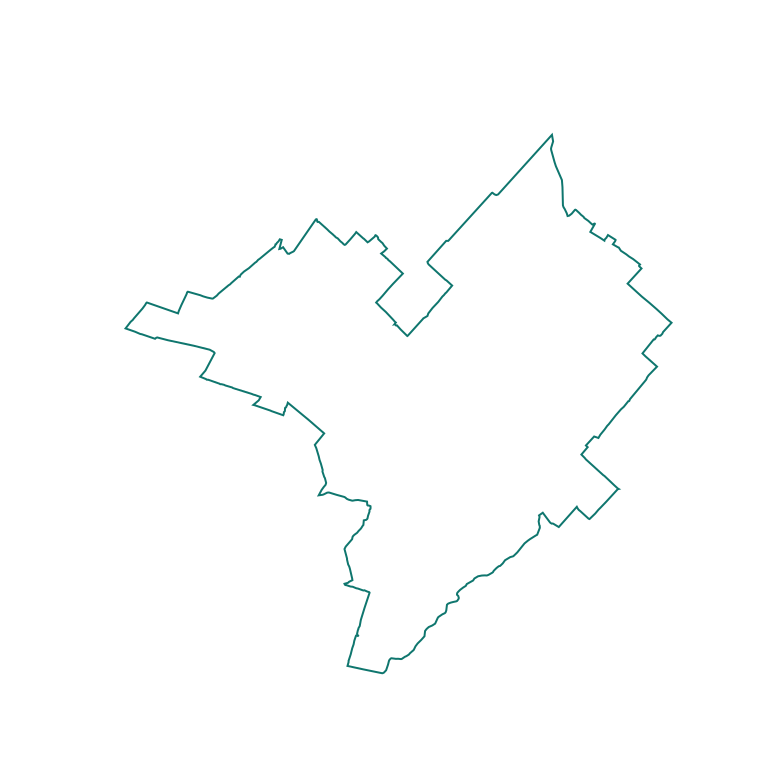 Jiana, Mehedinti, Romania, rotated 104°
{"feature_id": "2599482B91903527279634", "entity_name": "Jiana", "entity_type": "district", "adm_level": 2, "iso_a3": "ROU", "parent_name": "Romania", "parent_adm1": "Mehedinti", "projection": "albers", "projection_center": [22.719, 44.37], "detail": "fine", "context": "isolated", "style": "outline", "palette": "teal", "viewbox_px": 768, "rotation_deg": 104, "n_neighbors": 0, "source": "geoboundaries", "source_scale": "gbopen_adm2", "svg_char_len": 6142}
<svg xmlns="http://www.w3.org/2000/svg" viewBox="0 0 768 768"><g transform="rotate(104 384 384)"><path d="M392.6,648.2L393.5,638.2L394.4,632.8L394.4,631.6L394.3,631.3L395.5,617.1L394.3,616.2L393.7,615.3L393.8,604.2L392.9,577.8L392.9,561.4L394.1,556.9L395.0,555.8L414.2,560.5L421.4,564.1L422.3,557.9L422.7,557.1L422.4,555.6L423.5,543.7L423.8,542.9L423.5,541.7L423.5,538.8L423.8,537.7L424.1,530.5L424.5,529.4L425.6,510.1L425.9,508.1L425.9,506.4L426.5,500.5L430.2,501.6L435.9,505.7L435.9,504.2L437.3,487.5L437.5,486.9L438.7,474.2L437.7,474.0L435.5,474.3L434.6,473.7L433.9,473.7L431.3,474.2L430.8,474.0L430.5,473.5L429.9,473.3L428.7,473.2L428.0,472.9L425.4,472.8L437.1,448.4L446.4,430.1L459.8,436.4L462.6,434.2L470.0,429.8L473.2,428.2L476.5,426.0L482.3,422.7L483.9,422.5L488.5,419.6L489.7,418.5L494.0,416.2L496.0,416.3L498.4,417.5L501.9,418.9L507.8,420.4L506.3,416.7L505.7,415.8L503.2,412.9L502.7,411.6L502.6,410.8L503.0,403.3L503.2,395.2L503.5,394.1L504.4,392.4L504.8,390.4L504.9,386.7L504.7,386.0L503.7,383.8L502.8,381.1L502.2,372.0L504.8,371.2L505.6,370.8L505.8,370.4L505.6,369.3L505.8,367.6L506.5,367.3L507.9,367.0L508.6,367.0L509.1,367.4L509.9,367.6L511.4,367.2L515.7,367.6L518.5,367.5L519.1,367.7L520.1,368.4L521.2,370.6L525.8,369.9L526.5,370.3L529.8,371.4L532.7,373.1L534.9,374.1L537.4,376.2L538.8,377.1L540.0,377.5L542.3,377.4L551.0,381.8L553.7,382.4L562.4,377.6L563.3,377.4L567.8,375.1L569.5,373.6L571.5,372.4L580.7,367.7L582.0,367.2L584.4,370.1L585.3,370.6L585.7,371.0L587.4,374.0L588.1,373.5L588.4,372.8L588.3,371.3L588.5,369.3L588.6,367.4L588.3,365.3L588.9,361.5L588.8,359.8L589.3,354.8L589.3,353.9L588.9,353.0L589.4,350.3L589.6,347.9L590.0,347.5L605.7,348.7L618.5,349.4L624.7,349.0L627.2,349.7L628.4,349.6L629.1,349.8L632.9,349.7L633.9,348.9L634.5,348.2L634.8,348.4L634.7,350.0L634.8,350.2L635.1,350.3L640.4,350.7L644.0,350.5L648.1,350.9L654.5,350.9L661.3,351.4L662.3,351.1L666.4,351.2L665.9,335.1L665.1,316.1L664.9,315.3L664.1,314.3L661.3,312.7L655.3,312.2L651.5,312.2L650.2,311.9L648.7,311.0L648.3,310.4L647.8,305.9L647.2,303.9L646.8,300.9L646.4,300.2L643.6,297.7L642.7,296.5L640.5,294.4L639.0,293.7L634.8,290.8L630.9,290.0L627.6,288.6L623.4,286.0L619.0,283.7L613.7,284.4L611.4,283.4L609.0,281.8L606.6,278.7L604.1,276.4L598.1,275.3L597.0,274.9L593.3,271.6L591.7,269.6L590.7,269.0L588.6,268.8L583.0,269.5L582.1,269.0L581.5,268.5L580.0,266.4L578.6,263.8L577.4,261.3L576.7,260.5L574.2,259.6L573.4,259.7L571.7,260.7L570.8,262.2L569.4,262.4L568.8,262.3L567.6,261.7L565.4,260.4L562.4,258.0L560.1,255.8L558.1,255.3L553.1,250.0L550.8,249.2L547.8,246.2L546.2,242.8L545.3,239.9L545.0,238.2L544.7,237.5L543.8,236.3L540.8,233.2L540.3,232.8L538.6,232.3L535.3,230.3L533.1,228.6L532.4,227.3L529.4,225.4L525.7,223.9L521.4,219.6L520.0,217.1L519.6,216.7L515.1,213.9L504.7,209.1L501.2,206.5L499.2,204.8L494.3,200.1L493.2,198.9L485.9,198.0L483.9,198.6L483.3,199.2L479.9,200.7L475.3,200.9L474.0,201.8L470.5,198.8L478.1,189.5L478.6,188.6L478.9,187.5L478.6,186.8L478.6,186.0L480.5,179.8L456.5,167.2L458.0,165.9L459.1,164.5L459.9,162.7L465.2,152.9L465.3,151.9L458.6,147.7L454.1,145.5L451.8,144.1L444.3,139.8L429.6,131.8L429.1,130.9L428.8,131.9L426.7,135.8L419.8,148.0L419.5,149.0L408.3,169.9L407.2,171.3L404.7,175.4L396.0,171.1L394.8,173.2L384.1,167.4L384.5,162.9L380.8,161.8L374.9,159.0L370.6,157.3L368.7,156.2L358.2,151.5L351.2,147.9L348.1,145.8L341.6,142.8L341.4,142.2L341.0,141.9L339.3,141.7L317.1,131.0L316.1,130.6L314.0,130.3L311.6,129.4L301.1,123.3L293.9,137.0L291.8,140.6L275.5,133.1L275.4,132.3L274.1,131.6L273.2,131.5L270.6,130.1L270.7,128.8L270.4,127.8L270.2,127.4L267.9,126.1L266.1,125.8L255.0,119.8L252.7,124.6L248.7,131.5L245.4,137.6L241.0,146.2L236.8,155.0L227.7,171.9L209.6,162.1L208.0,164.9L207.7,165.1L207.1,165.0L206.1,164.5L202.5,172.5L201.0,177.1L199.6,180.2L197.4,186.4L194.8,189.2L194.7,190.2L193.1,195.7L189.8,194.4L188.7,194.1L188.1,194.2L185.3,202.7L188.3,203.6L190.4,204.8L191.6,204.8L189.9,209.6L186.5,220.6L177.6,218.1L177.4,218.4L177.7,219.0L178.8,219.9L178.9,220.3L178.4,221.4L176.3,225.2L174.5,229.8L173.6,230.7L172.9,232.1L172.2,233.7L170.8,235.9L168.7,239.8L168.6,240.6L168.9,240.9L173.2,243.0L174.4,243.9L175.9,245.1L176.6,246.5L174.1,248.0L170.4,251.1L169.1,252.5L167.4,253.6L150.0,258.4L143.1,260.7L131.1,269.9L127.6,272.1L116.3,278.5L115.0,278.9L113.5,278.9L107.7,278.6L101.6,281.3L172.2,319.0L172.6,319.3L173.5,320.8L173.3,322.6L172.2,325.1L172.5,325.6L229.6,356.3L230.1,358.3L255.0,371.4L255.8,370.8L256.2,370.7L257.2,369.6L268.1,349.6L268.3,348.6L272.0,341.7L280.4,345.8L280.9,346.3L283.3,347.4L285.0,348.5L291.2,351.2L298.5,355.3L304.8,358.1L307.5,358.3L310.9,361.8L311.3,361.9L331.4,372.6L331.8,373.0L327.1,381.0L324.0,385.6L324.3,386.3L324.2,386.8L323.5,387.6L323.3,387.9L323.5,388.3L321.5,387.4L321.1,388.3L319.4,390.7L313.7,399.6L310.5,405.5L307.5,410.1L306.9,411.3L305.5,410.7L302.8,408.9L298.7,406.7L290.8,402.8L284.7,399.5L272.3,392.4L265.1,405.1L263.4,408.1L262.7,409.8L262.0,410.5L261.5,411.5L261.1,412.8L260.6,413.2L258.1,418.3L255.3,416.0L251.9,413.9L249.8,417.2L247.6,419.6L246.9,421.1L244.9,424.6L243.2,425.3L242.2,426.7L241.7,427.8L241.7,428.3L242.1,428.5L242.8,428.5L243.3,428.7L249.2,432.9L250.5,434.2L247.9,438.7L247.8,439.2L243.3,447.7L245.2,448.4L251.8,451.7L257.9,455.0L258.5,455.7L258.5,456.1L257.8,457.6L257.2,458.4L256.1,460.8L253.9,464.1L253.3,466.3L252.3,467.8L251.9,468.8L251.5,469.3L249.2,474.0L247.7,476.5L242.5,486.3L242.8,487.7L242.5,488.1L241.3,488.5L240.4,489.2L240.5,489.6L240.9,490.0L276.8,503.5L277.5,504.1L279.6,506.6L280.7,507.6L280.6,508.1L280.8,509.1L275.7,515.0L277.7,517.0L278.3,518.2L268.9,518.1L268.8,520.1L271.2,520.9L272.9,522.0L274.4,522.5L274.8,523.1L275.5,523.0L277.5,523.4L278.1,524.1L280.5,526.0L292.7,535.0L293.9,536.1L296.4,537.4L297.3,538.3L304.3,543.1L308.7,547.0L312.4,549.4L313.3,549.7L314.8,549.9L314.8,550.9L323.2,556.7L324.6,557.5L325.7,558.6L336.2,566.3L338.7,567.6L342.4,570.6L342.7,571.3L342.9,576.3L342.7,580.7L342.3,583.7L341.9,596.6L342.7,597.2L344.6,597.3L356.4,599.7L363.0,600.8L365.3,600.9L362.3,633.8L363.0,634.3L365.1,634.9L369.2,636.6L381.0,642.6L382.5,643.2L385.0,644.9L392.6,648.2Z" fill="none" stroke="#0f766e" stroke-width="2"/></g></svg>